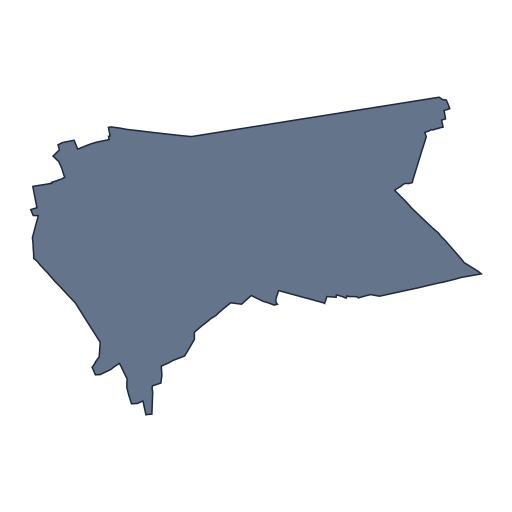 the district of Alūksne, Aluksne, Latvia
{"feature_id": "27541924B6275122362783", "entity_name": "Alūksne", "entity_type": "district", "adm_level": 2, "iso_a3": "LVA", "parent_name": "Latvia", "parent_adm1": "Aluksne", "projection": "mercator", "projection_center": [27.066, 57.422], "detail": "fine", "context": "isolated", "style": "filled", "palette": "slate", "viewbox_px": 512, "rotation_deg": 0, "n_neighbors": 0, "source": "geoboundaries", "source_scale": "gbopen_adm2", "svg_char_len": 3498}
<svg xmlns="http://www.w3.org/2000/svg" viewBox="0 0 512 512"><path d="M53.0,156.1L57.7,160.6L58.7,161.6L60.4,165.2L61.9,168.6L63.6,174.2L63.8,174.9L64.7,177.3L61.1,179.2L51.5,182.4L51.8,183.3L50.5,183.5L48.3,183.9L45.1,184.4L44.6,184.5L32.8,186.4L33.4,189.6L34.3,194.2L34.8,197.0L35.8,202.0L36.5,205.6L36.9,207.7L34.7,208.4L30.7,209.6L32.1,212.9L33.2,215.5L38.3,215.7L35.3,226.7L33.2,234.6L32.4,237.7L33.0,243.2L33.2,248.3L33.6,253.3L33.7,258.5L36.9,261.1L38.6,263.1L40.2,265.1L44.0,269.1L47.8,273.1L49.3,274.9L50.8,276.6L55.1,281.6L59.2,285.7L69.1,296.4L69.6,296.9L70.6,297.9L71.8,299.2L75.3,302.9L87.5,322.3L91.2,328.1L91.7,328.9L99.3,340.8L100.2,342.3L99.3,355.2L99.1,357.0L95.2,362.2L95.5,362.6L92.1,367.3L92.3,367.6L95.4,374.9L97.1,374.7L97.5,374.7L98.4,374.7L100.2,374.6L111.1,369.3L114.1,366.8L119.5,363.4L121.4,367.1L124.3,373.3L127.1,378.8L126.9,383.2L126.8,387.5L127.2,389.0L128.6,394.5L128.8,395.3L129.5,397.4L129.9,398.7L130.6,400.9L130.8,401.5L131.3,403.2L131.5,403.8L137.3,403.5L142.9,401.0L143.1,401.7L145.9,414.8L147.5,414.5L148.6,414.4L149.9,414.3L151.9,414.1L152.7,392.2L152.1,388.4L152.4,385.9L152.7,385.8L153.0,385.7L159.5,383.5L160.9,383.0L161.9,375.3L161.3,366.1L162.3,365.7L168.7,362.9L173.1,360.4L184.6,356.0L185.3,354.8L186.6,352.7L194.4,339.5L194.4,336.3L194.4,332.3L195.4,331.4L201.6,326.0L202.5,325.4L207.2,321.7L211.3,318.2L212.3,317.8L216.3,315.2L216.5,315.0L217.9,313.6L218.7,312.8L221.4,310.4L225.9,306.7L230.2,303.2L230.8,302.8L237.5,303.7L241.6,304.2L246.8,299.5L251.3,295.5L256.7,298.2L260.0,299.8L263.3,301.4L263.5,301.4L263.7,301.5L263.8,301.5L264.0,301.6L268.1,302.8L274.2,305.1L275.8,304.7L277.5,304.2L276.7,303.3L276.0,302.4L275.9,298.8L277.4,294.4L278.6,290.6L288.9,293.4L299.1,296.2L304.6,297.7L310.1,299.1L316.0,300.8L321.9,302.4L322.1,302.5L322.3,302.5L323.4,302.9L324.6,303.2L324.7,303.3L324.9,302.5L325.2,301.7L325.3,301.3L325.5,300.9L326.9,296.6L336.2,297.2L336.4,295.0L337.5,295.1L339.1,295.6L340.6,296.1L342.7,296.7L342.9,296.8L344.9,297.7L346.4,298.0L346.9,295.9L349.2,296.6L349.4,296.6L351.5,296.6L352.6,296.6L353.7,296.5L356.1,296.8L356.9,296.7L358.3,297.9L360.1,297.4L362.2,296.8L364.5,296.2L365.0,296.0L370.6,294.6L379.5,296.2L410.3,289.5L417.4,288.0L423.4,286.6L427.9,285.5L433.8,284.1L439.5,282.8L441.3,282.6L454.4,279.4L454.6,279.3L461.4,277.4L481.3,273.9L478.0,271.2L464.1,262.6L461.5,259.2L445.5,240.9L444.3,239.5L442.7,238.0L441.0,236.4L440.1,235.2L438.3,232.8L433.6,228.9L432.3,227.7L429.2,224.8L412.2,208.6L405.8,201.5L394.8,190.5L395.8,189.4L396.2,189.0L397.8,188.2L399.3,187.3L400.7,186.4L402.0,185.4L402.9,184.6L403.9,183.9L405.8,183.4L408.6,183.6L412.3,182.6L412.9,179.9L420.6,154.9L421.4,152.2L422.9,147.6L423.3,146.2L424.3,143.1L425.3,140.0L425.8,138.4L426.3,136.8L425.5,134.5L425.4,134.2L424.8,132.4L429.0,131.0L429.3,130.8L430.4,130.2L431.7,129.7L431.9,129.7L432.9,130.0L435.9,128.9L438.7,128.4L438.7,128.1L440.8,127.6L442.2,127.3L443.1,127.1L442.9,126.3L441.6,120.1L445.5,118.9L445.4,118.0L444.1,110.5L446.1,109.9L449.7,108.7L449.1,106.6L446.3,100.0L442.5,99.5L439.1,97.2L191.9,136.5L190.7,136.5L188.5,136.3L180.4,135.5L171.3,134.5L167.6,134.1L155.2,132.7L147.5,131.8L147.2,131.8L140.2,130.9L126.8,129.4L121.1,128.3L119.8,128.1L111.1,126.9L108.4,127.4L109.8,134.4L110.0,135.8L110.0,136.1L108.5,136.3L109.1,139.6L99.2,141.6L96.5,142.2L91.1,143.8L88.6,144.7L77.7,149.1L75.2,142.9L74.1,140.2L62.3,142.6L62.1,142.7L61.8,142.9L58.0,144.8L59.4,149.8L54.2,155.0L53.0,156.1Z" fill="#64748b" stroke="#1e293b" stroke-width="1.5"/></svg>